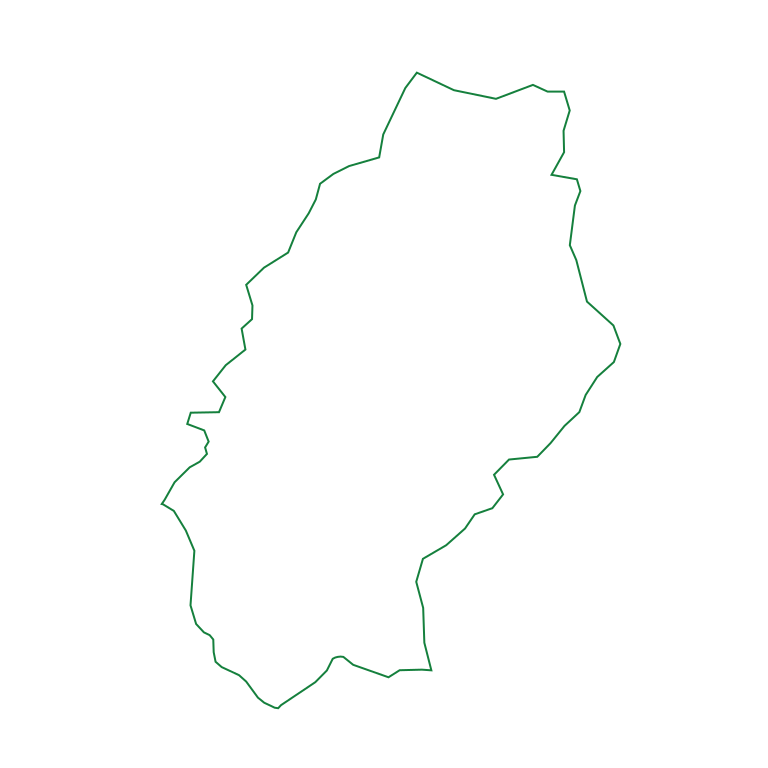 outline of Pernik, rotated 260°
{"feature_id": "BGR-2245", "entity_name": "Pernik", "entity_type": "Province", "adm_level": 1, "iso_a3": "BGR", "parent_name": "Bulgaria", "parent_adm1": "", "projection": "natural_earth1", "projection_center": [22.785, 42.63], "detail": "fine", "context": "isolated", "style": "outline", "palette": "green", "viewbox_px": 768, "rotation_deg": 260, "n_neighbors": 0, "source": "natural_earth", "source_scale": "10m", "svg_char_len": 1368}
<svg xmlns="http://www.w3.org/2000/svg" viewBox="0 0 768 768"><g transform="rotate(260 384 384)"><path d="M252.7,168.3L274.1,163.4L295.5,155.0L303.8,145.6L304.4,144.3L308.1,147.9L323.6,160.7L335.7,178.2L339.5,189.1L345.9,197.5L352.6,196.8L357.7,201.3L369.5,198.9L378.8,183.3L389.3,188.7L384.9,216.6L398.7,225.5L416.3,216.0L430.0,231.4L442.0,253.5L463.3,253.4L470.8,265.3L484.2,268.1L505.6,265.5L519.4,286.0L530.1,312.4L548.7,324.0L565.2,339.5L577.6,348.9L592.3,355.8L599.7,370.7L604.7,387.5L608.0,418.6L629.9,426.6L671.8,456.4L684.9,470.4L661.2,503.9L645.4,543.8L652.7,582.6L643.6,595.8L640.7,612.1L621.1,614.4L602.2,604.8L581.0,601.6L560.9,585.3L552.1,609.5L539.9,610.9L526.6,603.0L488.4,591.1L472.6,594.9L429.9,598.2L401.8,620.1L382.4,623.7L365.7,614.2L353.9,595.2L338.2,580.7L322.4,571.5L311.4,554.5L296.9,537.8L285.7,522.3L287.9,494.0L275.5,476.6L254.6,482.1L242.9,469.2L239.9,450.7L227.6,438.7L214.4,417.2L205.1,392.0L183.6,381.4L156.7,383.7L122.2,378.8L93.8,380.9L96.1,371.7L99.4,349.7L94.4,337.5L112.8,304.9L122.3,296.6L123.1,293.9L123.3,291.2L123.1,288.5L122.3,285.8L111.8,278.0L102.3,264.6L85.6,226.8L83.1,223.5L84.2,220.1L86.4,217.1L90.9,210.7L97.0,205.4L114.9,196.6L122.4,190.7L133.4,175.0L139.7,169.9L149.4,169.7L162.0,171.5L166.8,168.8L167.1,168.5L170.7,163.5L180.3,157.3L199.6,155.0L252.7,168.3Z" fill="none" stroke="#15803d" stroke-width="2"/></g></svg>